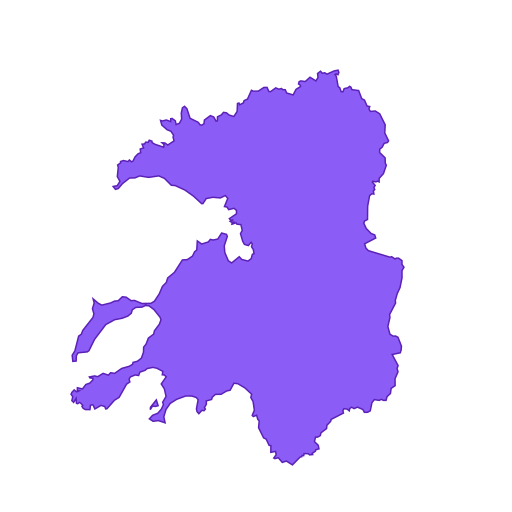 Kentrikis Makedonias, Kentriki Makedonia, Greece, rotated 101°
{"feature_id": "26713481B13719921321351", "entity_name": "Kentrikis Makedonias", "entity_type": "district", "adm_level": 2, "iso_a3": "GRC", "parent_name": "Greece", "parent_adm1": "Kentriki Makedonia", "projection": "equal_earth", "projection_center": [23.125, 40.657], "detail": "fine", "context": "isolated", "style": "filled", "palette": "violet", "viewbox_px": 512, "rotation_deg": 101, "n_neighbors": 0, "source": "geoboundaries", "source_scale": "gbopen_adm2", "svg_char_len": 6108}
<svg xmlns="http://www.w3.org/2000/svg" viewBox="0 0 512 512"><g transform="rotate(101 256 256)"><path d="M372.9,100.8L369.0,100.5L365.3,97.8L360.2,98.1L356.7,94.7L350.0,96.1L342.5,94.5L339.5,96.1L336.5,95.6L326.7,103.5L323.5,95.9L320.6,95.6L316.8,96.0L308.7,101.1L307.9,103.7L308.5,106.0L307.2,109.6L300.1,113.1L290.8,112.8L288.0,113.7L275.5,110.0L273.1,110.8L266.1,110.2L259.5,108.6L249.6,108.5L242.5,109.9L238.8,108.6L236.4,111.1L232.7,111.8L230.9,115.7L231.3,117.8L232.4,118.9L230.8,122.7L231.6,124.2L229.3,146.7L227.3,149.6L223.3,151.7L215.5,141.9L212.6,143.5L212.0,147.2L208.0,153.0L203.3,156.4L200.9,156.1L198.9,153.5L185.8,155.9L175.0,156.0L172.8,154.1L172.7,152.1L169.7,153.2L168.1,152.1L166.4,153.3L164.0,152.5L161.2,155.9L160.3,155.5L160.4,152.5L159.3,150.8L159.8,149.3L156.3,149.9L150.8,146.6L142.0,145.4L140.2,146.8L135.0,148.0L130.8,154.4L127.5,154.9L125.1,152.9L121.0,151.7L119.5,148.6L117.7,147.8L110.6,153.1L102.6,154.2L92.8,161.7L90.9,166.6L92.2,171.1L91.5,172.1L90.0,173.2L87.6,172.9L87.6,175.6L82.2,179.3L81.4,182.2L74.0,186.8L74.4,193.6L72.1,195.1L71.6,196.5L73.3,197.9L74.9,201.4L78.2,202.0L78.4,203.8L74.8,205.9L74.0,207.7L64.2,211.5L62.8,213.1L62.0,212.1L62.4,210.1L60.0,209.7L57.9,210.9L59.4,214.6L64.0,221.1L63.0,223.5L64.0,225.8L62.3,227.9L65.1,230.4L68.9,229.2L72.7,230.6L70.2,237.1L75.3,240.9L75.6,245.5L76.6,246.9L79.0,247.1L79.9,245.1L81.1,244.6L84.8,248.5L90.8,250.3L90.1,257.1L87.2,259.0L87.6,261.5L86.7,262.9L87.9,265.4L87.2,268.7L91.9,273.1L92.0,274.8L88.4,277.3L89.0,280.4L93.7,285.2L94.7,290.2L94.2,292.1L103.6,294.3L105.7,297.3L108.2,297.7L110.7,300.9L109.1,301.9L109.8,303.3L117.7,302.1L123.3,304.4L122.7,309.4L121.1,312.3L121.2,315.3L124.2,317.0L126.7,320.4L130.7,319.7L131.3,320.9L127.6,324.0L126.9,327.6L132.4,332.6L136.1,332.3L137.9,334.2L137.9,335.9L135.8,338.2L133.4,347.0L124.6,351.9L122.7,354.7L124.6,356.5L130.0,356.6L135.8,355.1L140.3,356.5L142.2,359.5L138.7,361.0L137.0,364.6L137.5,365.9L140.3,365.4L139.6,370.0L141.3,373.6L141.1,375.6L145.5,373.4L149.0,367.4L149.8,363.3L153.1,360.0L155.2,360.1L158.6,358.4L163.9,363.8L162.4,367.1L162.8,369.8L164.2,367.5L166.8,367.5L165.6,376.6L164.5,379.6L163.1,380.1L162.7,382.9L165.0,383.5L165.2,385.9L167.3,386.9L168.0,389.2L171.3,387.0L173.1,390.1L176.6,388.9L178.2,391.3L181.7,393.6L186.3,394.9L187.3,396.2L185.9,398.6L187.7,399.7L187.6,404.4L189.1,407.0L190.3,406.6L193.1,409.2L195.3,408.1L204.5,407.3L208.7,403.8L213.4,405.6L215.0,409.5L217.4,406.7L216.1,404.1L210.3,400.8L203.6,395.0L202.4,389.7L199.6,385.5L199.3,376.4L195.9,366.7L197.3,360.6L202.7,352.7L202.3,348.6L204.8,338.4L209.1,328.9L215.0,319.3L214.7,318.1L209.1,315.8L206.6,309.6L205.8,302.1L202.5,297.6L204.8,294.7L213.5,296.4L213.5,293.7L215.7,291.7L213.4,286.7L214.9,283.9L218.3,283.2L224.4,289.3L225.8,287.6L224.7,285.2L226.9,288.0L227.5,286.6L227.1,284.4L229.8,286.3L227.2,281.9L228.4,280.8L228.1,276.8L233.5,274.4L237.0,275.5L244.0,271.9L246.8,269.6L247.2,265.5L243.5,263.4L244.9,261.9L247.7,262.2L250.3,259.8L254.2,258.4L255.0,259.9L259.5,260.2L262.5,262.9L262.1,269.4L259.9,272.3L267.5,278.6L265.9,282.3L258.5,287.3L252.1,289.1L242.2,287.9L240.4,289.1L240.0,294.1L246.7,296.8L248.5,301.2L248.4,304.0L251.3,305.5L254.6,311.6L252.4,316.5L261.4,315.3L263.6,317.1L268.2,318.3L272.7,322.8L273.9,327.5L287.7,333.0L294.4,338.5L299.1,339.0L303.6,342.0L311.8,343.8L319.8,347.1L322.5,350.1L323.6,355.1L325.7,354.9L325.3,351.6L328.1,345.9L334.4,338.5L336.7,337.1L341.3,337.8L348.7,341.4L352.3,341.6L357.1,346.0L363.5,347.1L366.9,348.9L372.0,348.1L378.1,349.0L382.0,352.4L383.9,356.4L385.9,356.5L388.4,359.3L392.0,366.4L398.2,372.4L398.3,376.4L401.1,378.2L400.4,383.7L404.7,388.4L404.5,391.5L406.5,396.5L407.4,395.7L407.1,392.7L408.7,392.5L412.4,394.8L414.6,398.5L419.6,401.0L419.4,406.2L422.3,405.7L422.1,404.0L423.1,405.1L423.5,406.6L422.1,408.9L425.0,410.7L427.0,411.2L429.1,409.0L433.1,409.2L434.5,407.1L430.1,405.4L434.8,404.2L435.0,402.8L433.4,401.4L433.8,400.1L435.8,397.5L436.9,398.1L438.5,396.6L439.3,394.3L438.5,389.7L434.2,390.0L433.3,388.6L433.5,387.4L436.9,385.0L432.2,379.6L432.6,375.7L434.8,374.4L434.4,373.2L424.6,367.4L420.9,363.4L406.5,358.6L403.7,355.8L401.1,357.1L398.6,356.2L395.8,351.8L395.7,348.4L392.2,347.9L389.4,343.1L387.2,341.3L385.0,335.9L385.1,331.9L387.0,325.5L390.5,325.3L390.3,323.3L391.7,321.1L399.7,324.6L403.9,320.6L411.0,317.5L417.3,319.7L419.7,318.5L424.4,319.7L429.1,322.4L432.1,327.1L436.2,329.6L437.9,325.5L436.2,320.4L437.1,313.4L431.5,315.8L423.9,315.1L417.1,312.1L411.8,306.5L406.8,298.2L405.7,292.2L406.3,287.7L408.0,285.4L417.5,285.3L420.0,284.2L421.7,282.0L417.8,279.6L417.8,277.5L415.9,276.5L414.7,277.7L410.9,276.4L407.8,277.2L405.3,272.2L403.0,272.0L399.6,269.5L398.4,263.9L394.1,259.1L392.7,255.8L385.1,253.4L384.8,249.5L387.6,241.7L392.5,233.9L395.9,234.1L399.4,231.1L407.7,228.2L413.2,229.3L414.1,228.0L412.2,225.0L416.0,223.1L417.3,221.4L424.1,220.7L433.1,213.8L433.8,211.1L439.4,207.0L439.3,205.2L445.9,204.0L444.1,199.5L447.3,198.3L450.9,200.0L451.3,198.8L449.8,195.6L453.6,190.8L451.5,187.0L454.1,180.4L444.9,174.3L444.3,172.8L443.0,172.7L442.9,171.1L440.8,171.1L440.1,166.9L441.0,165.5L440.1,162.5L439.1,163.2L436.2,160.4L434.8,160.4L433.3,157.4L429.9,158.8L427.1,163.2L422.4,163.0L422.0,160.9L420.0,158.6L417.2,158.5L411.9,153.8L408.7,154.1L404.1,151.2L402.0,151.0L393.5,140.2L391.3,141.2L389.1,140.5L388.9,137.3L390.2,134.9L387.8,134.9L386.2,133.3L387.1,130.6L385.0,127.6L386.3,121.8L388.8,119.8L388.1,116.6L386.2,114.3L377.8,114.2L374.4,112.4L374.2,107.5L372.8,105.6L373.4,103.4L372.9,100.8ZM332.4,367.2L329.4,364.2L327.9,358.1L325.7,355.1L323.6,355.3L324.4,358.8L322.8,366.9L323.7,370.0L321.2,375.6L321.5,379.4L326.3,382.8L327.2,386.2L329.8,389.7L333.6,397.9L332.6,401.6L329.2,407.7L333.0,405.9L338.9,406.5L343.7,404.1L347.4,404.3L362.0,411.8L366.2,412.6L368.5,414.8L383.8,415.7L388.5,417.5L394.4,415.7L393.4,412.5L388.1,413.3L385.0,412.2L382.3,403.3L380.8,401.9L368.7,398.6L352.0,390.4L345.5,382.6L342.6,375.4L339.4,370.3L336.0,367.5L332.4,367.2ZM423.0,328.9L422.9,326.1L421.6,323.5L416.3,326.4L424.6,330.7L427.0,330.5L423.0,328.9Z" fill="#8b5cf6" stroke="#5b21b6" stroke-width="1.5"/></g></svg>